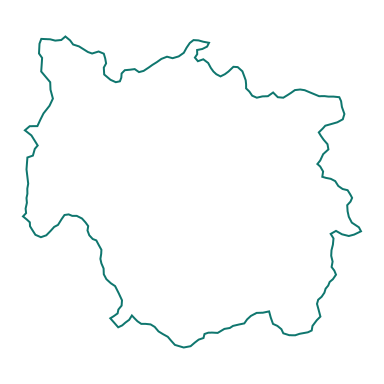 the district of Laranja da Terra, Espírito Santo, Brazil
{"feature_id": "56859067B33263389973622", "entity_name": "Laranja da Terra", "entity_type": "district", "adm_level": 2, "iso_a3": "BRA", "parent_name": "Brazil", "parent_adm1": "Espírito Santo", "projection": "mercator", "projection_center": [-41.056, -19.874], "detail": "fine", "context": "isolated", "style": "outline", "palette": "teal", "viewbox_px": 384, "rotation_deg": 0, "n_neighbors": 0, "source": "geoboundaries", "source_scale": "gbopen_adm2", "svg_char_len": 3055}
<svg xmlns="http://www.w3.org/2000/svg" viewBox="0 0 384 384"><path d="M23.0,216.4L27.0,219.7L29.8,222.3L30.0,226.2L32.4,230.1L35.4,234.8L40.9,237.2L46.3,235.3L50.6,230.9L54.2,226.9L58.0,224.9L61.7,219.0L64.5,215.0L68.7,214.4L72.3,215.9L76.8,215.9L82.0,218.5L85.5,222.4L88.2,226.1L87.5,230.5L89.3,235.3L92.7,239.0L96.3,240.4L98.8,245.1L101.4,249.8L101.2,253.8L100.4,258.9L101.4,263.4L103.6,268.5L103.8,274.3L106.4,279.2L110.9,283.3L115.1,286.1L118.7,293.2L122.0,300.3L121.6,305.6L118.4,309.5L117.6,313.4L113.7,316.2L110.3,318.3L114.1,322.6L118.2,327.3L122.2,325.4L125.4,322.6L129.2,319.8L131.9,315.5L134.7,318.5L137.5,321.3L141.3,323.9L145.8,323.9L150.6,324.4L154.7,326.9L158.5,331.4L162.9,334.1L167.8,336.8L171.2,340.8L174.9,344.9L183.7,347.5L190.6,346.2L194.8,342.6L198.7,339.6L203.5,338.0L204.5,334.0L208.3,332.7L212.2,332.6L217.7,332.9L224.4,328.9L229.8,328.0L233.0,325.9L239.0,324.5L244.3,323.4L247.1,319.4L250.9,315.9L256.6,312.9L262.9,312.7L269.1,311.4L270.7,317.4L273.0,323.9L277.4,325.9L281.4,329.2L283.3,333.3L289.3,335.2L295.1,335.3L299.6,333.8L303.5,333.1L307.9,332.3L311.7,330.5L312.5,325.9L316.8,320.2L320.4,316.6L318.7,310.1L317.0,303.9L318.2,299.7L321.6,296.8L324.4,292.7L325.6,288.7L328.2,285.6L329.7,281.9L332.9,279.2L336.0,274.7L334.3,270.6L331.6,267.0L332.6,261.6L331.2,255.8L331.5,250.2L332.9,244.7L333.5,238.4L330.7,233.9L336.0,230.9L342.0,234.3L348.8,236.0L354.1,234.6L361.0,231.3L358.9,227.3L351.8,222.6L348.8,216.8L347.6,211.3L347.2,205.2L350.5,201.6L352.1,197.9L350.3,194.5L347.6,190.2L342.6,189.0L338.3,186.0L335.2,181.1L330.7,178.8L326.0,177.9L322.3,176.8L323.1,171.5L320.2,166.5L317.4,164.0L320.2,160.5L323.2,154.1L328.4,149.4L327.5,144.2L323.6,139.7L320.8,135.7L318.8,132.4L322.6,128.7L325.3,125.7L330.7,124.2L337.3,122.3L342.8,119.3L344.4,114.0L341.9,106.9L341.1,101.2L339.3,97.2L333.5,96.6L328.5,96.6L324.4,96.1L319.1,96.2L314.3,94.2L309.7,92.3L304.7,90.2L300.2,89.5L294.9,90.1L291.1,92.8L287.7,95.0L283.3,97.7L277.8,97.2L273.1,92.5L267.9,96.2L262.4,96.4L256.8,97.7L252.2,95.7L249.4,91.6L246.1,88.4L246.1,84.4L245.7,80.3L244.3,76.4L242.4,71.3L237.7,67.1L233.4,66.8L228.5,71.5L224.9,74.2L220.5,76.4L216.3,74.2L213.4,71.5L210.8,67.9L208.2,63.0L203.3,59.3L197.9,61.2L194.9,57.6L197.2,54.2L197.1,50.0L202.3,49.0L207.1,46.6L209.0,42.8L203.1,41.7L198.5,40.4L193.5,40.1L189.8,43.0L186.6,47.7L183.8,52.8L178.7,56.4L172.6,58.2L167.0,56.7L161.4,58.9L156.9,62.1L152.4,64.9L148.9,67.4L143.6,70.9L139.0,72.1L134.7,69.1L130.1,69.7L124.8,70.2L121.6,73.5L121.3,77.7L119.9,81.3L115.8,82.2L110.5,79.8L104.2,74.5L103.8,67.6L106.1,63.4L105.2,58.4L103.8,53.7L98.6,51.5L92.1,53.5L87.9,52.0L83.8,49.4L79.0,46.4L73.1,44.5L70.1,40.4L65.4,36.5L61.3,40.0L55.2,40.6L50.2,39.3L45.5,39.1L41.3,38.9L39.5,43.7L39.0,53.5L42.1,57.9L41.8,62.9L41.2,71.5L50.2,82.2L50.5,89.7L52.9,98.6L49.5,105.8L43.5,113.4L40.3,119.8L37.4,126.1L29.7,126.2L24.9,130.3L31.4,135.4L37.7,145.5L34.8,148.9L32.9,155.6L27.4,157.5L26.5,169.4L28.2,183.7L27.3,188.7L27.4,193.8L26.5,198.0L26.9,202.8L25.6,208.6L26.1,213.1L23.0,216.4Z" fill="none" stroke="#0f766e" stroke-width="2"/></svg>